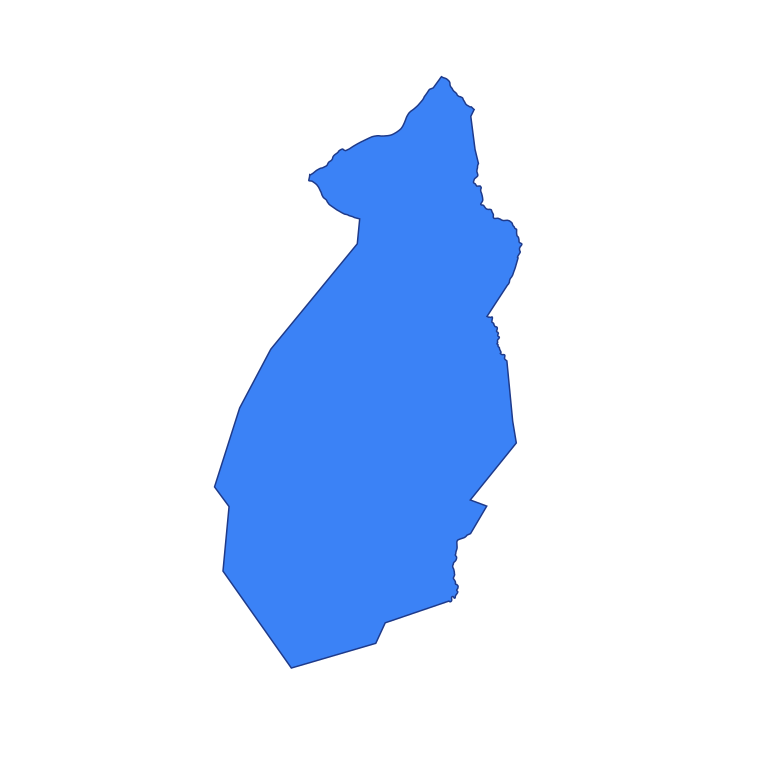 Olá, Coclé, Panama, rotated 35°
{"feature_id": "35544464B52438824154031", "entity_name": "Olá", "entity_type": "district", "adm_level": 2, "iso_a3": "PAN", "parent_name": "Panama", "parent_adm1": "Coclé", "projection": "equal_earth", "projection_center": [-80.675, 8.498], "detail": "fine", "context": "isolated", "style": "filled", "palette": "blue", "viewbox_px": 768, "rotation_deg": 35, "n_neighbors": 0, "source": "geoboundaries", "source_scale": "gbopen_adm2", "svg_char_len": 6124}
<svg xmlns="http://www.w3.org/2000/svg" viewBox="0 0 768 768"><g transform="rotate(35 384 384)"><path d="M300.4,107.4L299.5,107.4L296.6,106.9L296.3,107.1L295.6,107.6L295.3,107.7L291.6,108.0L291.1,107.9L290.2,107.7L287.9,106.5L286.0,105.7L284.7,104.8L284.2,104.6L283.5,104.6L282.3,104.8L281.7,104.9L280.9,105.3L280.0,105.5L278.6,105.4L278.2,105.3L277.1,104.6L276.6,104.4L275.1,104.2L273.3,104.1L271.9,103.7L270.2,102.8L268.0,102.2L267.1,101.6L266.6,101.2L265.2,99.5L264.9,99.3L264.3,98.9L263.6,98.6L262.7,98.4L260.9,98.2L259.9,98.2L258.5,98.5L256.7,99.1L254.8,99.3L254.7,100.4L254.7,102.8L254.5,112.9L254.3,113.5L254.0,114.0L252.6,116.0L252.3,116.6L252.2,117.4L252.2,118.1L252.3,119.8L252.3,123.6L252.2,125.5L252.5,126.8L252.7,128.9L252.4,132.2L252.0,136.2L251.7,137.7L251.3,139.4L250.6,142.1L249.4,145.5L249.2,146.7L249.0,147.9L249.1,149.8L249.3,152.0L249.7,153.7L250.5,156.8L250.9,158.6L251.4,161.6L251.5,162.7L251.5,163.9L251.5,165.0L251.2,166.4L250.8,167.9L249.8,170.7L248.5,173.5L247.4,175.4L246.2,176.9L244.8,178.3L241.8,180.8L239.5,182.5L237.2,183.7L235.9,184.7L233.9,186.6L232.4,188.3L230.7,191.1L226.5,198.6L224.5,202.5L222.6,206.6L221.7,208.8L220.8,211.2L219.9,212.8L218.9,214.6L218.5,215.0L217.8,215.2L216.9,215.3L215.6,215.2L215.3,215.3L214.9,215.7L214.3,216.6L213.7,217.9L213.4,218.9L213.3,219.4L213.5,220.1L213.3,220.8L213.2,221.5L212.2,224.3L211.9,225.8L211.9,226.5L211.9,227.1L212.2,228.1L212.6,229.1L212.7,230.1L212.6,230.8L212.4,231.7L211.7,233.3L211.5,234.0L211.5,235.0L211.9,237.4L211.8,238.0L211.6,238.6L209.6,242.3L209.3,242.6L208.6,243.3L208.1,243.9L207.4,245.2L206.3,247.5L206.1,248.0L205.0,252.0L203.9,254.6L203.7,255.0L203.1,255.1L204.1,256.9L205.4,260.0L205.5,260.3L205.8,260.4L206.0,260.5L206.3,260.4L208.3,259.3L209.0,259.1L212.5,259.1L214.5,259.3L217.0,260.1L218.3,260.7L220.7,262.1L222.6,263.1L224.7,264.7L226.8,265.8L228.0,266.1L230.3,266.2L231.1,266.3L231.8,266.5L232.8,267.2L235.9,268.3L237.0,268.4L245.5,268.4L248.4,268.1L251.0,267.9L254.0,267.5L254.6,267.3L256.9,266.3L258.8,266.1L262.3,264.9L264.3,264.6L268.6,263.0L269.4,262.7L281.7,284.5L271.3,420.4L279.5,486.4L304.2,565.5L327.4,573.3L359.4,629.6L471.0,669.8L526.0,601.1L522.0,579.0L522.2,578.6L561.6,524.7L561.9,524.6L562.9,524.6L563.4,524.2L563.6,523.8L563.7,523.4L563.7,523.0L563.6,522.5L563.2,521.8L562.5,521.1L562.0,520.4L561.8,520.0L561.7,519.6L561.9,519.0L562.1,518.7L562.6,518.5L563.4,518.7L564.4,519.1L564.6,519.0L564.9,518.6L564.9,518.3L564.8,518.0L564.1,516.7L564.0,516.3L564.0,513.0L563.9,512.5L563.7,512.1L563.5,511.8L562.8,511.6L562.1,511.5L561.8,511.2L561.6,510.6L561.7,509.5L561.6,508.9L561.2,508.0L560.8,507.3L560.6,507.1L560.3,506.9L558.6,506.5L558.2,506.6L557.6,506.9L557.3,506.8L556.9,506.5L556.5,505.7L555.7,504.9L554.2,504.2L553.2,503.9L552.6,503.6L552.2,503.2L552.0,502.8L551.8,501.9L551.5,500.3L551.3,499.9L551.1,499.5L550.2,498.7L549.5,497.7L548.4,496.7L547.3,495.7L545.5,494.7L545.1,494.3L544.8,493.9L544.4,493.2L544.1,491.7L543.6,490.8L543.6,489.7L543.9,488.5L544.0,487.3L543.8,486.2L543.5,485.3L543.1,484.6L542.7,484.1L540.6,483.3L540.4,483.1L540.3,482.6L540.3,482.3L539.2,480.2L538.3,477.3L537.9,476.4L537.2,475.4L534.6,472.1L534.2,471.5L534.0,470.8L533.9,470.0L534.0,469.4L534.5,468.5L535.3,467.3L537.3,464.6L537.8,463.9L538.3,462.8L538.6,461.6L538.7,460.4L538.8,460.0L540.7,456.9L538.2,425.1L521.2,429.5L523.5,395.9L526.2,356.4L510.7,340.6L471.4,294.6L469.6,294.5L468.5,294.2L468.1,294.0L467.8,293.6L467.4,292.6L466.8,291.5L466.5,291.2L466.1,291.0L465.8,291.0L465.4,291.2L465.1,291.3L464.4,291.9L463.6,292.3L462.7,292.3L461.8,292.3L461.7,292.0L461.7,291.0L461.6,290.8L461.3,290.6L458.9,289.3L458.5,289.0L457.9,288.3L457.6,288.1L457.0,287.9L456.2,287.9L455.9,287.7L455.4,287.3L455.1,286.6L454.9,286.4L454.2,286.2L453.8,286.4L453.6,286.3L453.4,285.9L453.2,284.6L452.7,284.2L452.2,283.7L451.9,283.0L451.8,282.6L451.8,281.9L452.0,281.1L452.0,280.7L451.9,280.1L451.7,279.6L451.4,279.4L450.0,279.4L449.6,279.3L449.2,278.9L449.0,278.4L448.8,277.5L448.7,277.1L448.5,276.8L448.2,276.6L447.6,276.4L446.4,276.5L446.0,276.3L445.7,275.9L445.5,274.8L445.0,273.6L444.7,273.2L444.4,272.9L444.0,272.7L443.5,272.7L443.1,272.8L442.4,273.2L441.8,273.2L441.5,273.1L440.9,272.7L439.9,272.4L439.7,271.9L439.0,271.5L438.5,271.4L437.1,271.4L436.9,271.4L436.4,270.8L436.1,270.1L435.6,269.2L435.3,268.4L435.0,267.8L434.7,267.4L434.3,267.1L433.9,267.2L433.5,267.8L433.0,268.4L432.2,268.6L431.5,269.3L430.9,269.3L430.2,269.5L429.6,269.6L428.4,232.2L428.6,230.7L428.5,229.7L428.3,228.7L427.5,227.2L427.1,225.9L427.0,225.0L427.1,222.8L426.9,220.9L426.7,220.2L426.2,218.6L424.9,213.7L421.5,203.8L420.8,203.7L420.6,203.6L420.5,203.2L420.4,202.8L420.3,202.1L420.1,198.6L420.0,198.0L419.6,197.4L418.7,196.9L418.2,196.5L417.4,195.5L417.1,194.9L416.9,193.6L417.0,191.1L416.9,190.7L416.7,190.4L416.5,190.2L416.2,190.1L414.2,190.4L413.7,190.4L412.6,189.6L412.1,188.7L411.6,188.2L410.2,186.9L409.6,186.6L408.4,186.4L407.8,186.2L406.0,184.3L404.2,181.6L403.9,181.3L403.6,181.2L402.7,181.4L401.8,181.4L400.3,180.5L399.3,180.4L398.8,180.2L397.8,179.6L396.8,178.8L395.8,178.5L393.2,178.4L391.4,179.0L391.0,179.2L389.0,180.9L388.5,181.3L387.9,181.7L386.4,182.2L385.9,182.3L385.0,182.2L382.5,182.8L382.1,183.0L379.8,184.9L379.3,185.1L378.8,185.1L378.3,185.0L377.7,184.6L377.3,183.8L376.6,182.7L376.2,182.3L374.1,181.2L373.1,180.6L372.4,180.0L372.0,179.8L371.6,179.8L370.8,180.1L370.2,180.4L369.6,181.0L369.2,181.2L368.4,181.6L367.5,181.8L367.0,181.8L366.0,181.6L363.2,180.6L362.2,180.8L361.2,181.4L360.8,181.5L360.4,181.4L360.0,181.1L359.9,180.8L359.9,180.4L359.9,179.5L359.8,177.8L359.6,177.1L359.3,176.5L358.1,175.1L356.7,173.7L354.7,172.0L353.2,171.0L352.4,170.3L351.7,169.3L351.2,167.7L350.8,167.2L349.8,166.8L349.1,166.7L348.6,167.1L347.1,168.3L346.4,168.7L343.9,167.7L342.4,167.8L341.9,167.7L341.5,167.3L341.2,166.7L340.6,164.7L340.5,164.1L340.5,163.6L340.8,162.8L341.3,160.7L341.4,160.0L341.3,159.6L341.0,159.0L340.5,158.5L338.3,156.8L337.9,156.3L337.2,155.0L336.6,153.3L335.8,152.1L335.5,151.6L335.1,150.4L335.0,149.5L334.9,149.2L334.2,148.6L324.0,139.6L301.6,115.0L300.4,107.4Z" fill="#3b82f6" stroke="#1e3a8a" stroke-width="1.5"/></g></svg>